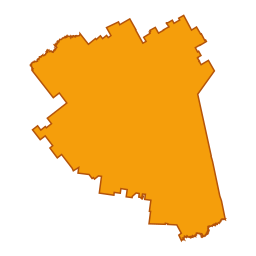 Cobar, New South Wales, Australia (Robinson projection)
{"feature_id": "25037944B19938962930750", "entity_name": "Cobar", "entity_type": "district", "adm_level": 2, "iso_a3": "AUS", "parent_name": "Australia", "parent_adm1": "New South Wales", "projection": "robinson", "projection_center": [145.926, -31.966], "detail": "fine", "context": "isolated", "style": "filled", "palette": "amber", "viewbox_px": 256, "rotation_deg": 0, "n_neighbors": 0, "source": "geoboundaries", "source_scale": "gbopen_adm2", "svg_char_len": 5682}
<svg xmlns="http://www.w3.org/2000/svg" viewBox="0 0 256 256"><path d="M200.7,34.1L196.5,27.0L191.5,30.1L183.7,15.4L178.7,18.2L179.7,20.0L174.0,23.3L172.3,20.2L168.0,22.7L166.4,22.8L166.3,23.1L166.9,24.1L167.4,24.4L168.6,26.4L168.9,26.4L168.8,27.2L168.2,27.2L163.4,29.9L163.6,30.2L158.5,33.1L155.3,27.4L149.9,30.4L150.5,31.5L150.1,32.0L149.4,32.1L150.1,33.3L143.7,37.3L146.1,41.4L142.9,43.2L135.6,29.9L135.9,29.7L129.8,18.9L119.7,24.7L118.5,21.9L106.5,27.6L111.0,35.6L108.2,37.6L106.6,35.4L102.6,38.6L100.4,35.8L96.3,39.5L95.5,38.5L88.4,44.3L80.0,33.6L80.0,34.5L79.3,35.6L77.5,36.0L76.9,35.6L75.6,35.7L75.4,36.3L75.7,36.7L75.2,37.0L74.9,36.9L74.1,35.9L73.4,35.7L72.8,35.9L72.6,36.2L73.0,36.4L72.7,37.1L71.9,36.5L71.5,36.8L71.7,36.3L71.5,36.2L71.0,37.4L70.6,36.1L70.2,36.7L69.8,36.3L69.2,36.5L68.6,36.2L67.6,36.3L67.1,35.5L66.7,36.0L67.2,36.8L66.5,37.3L66.2,37.4L66.3,36.9L66.0,36.7L65.2,37.4L65.1,37.0L65.3,36.6L65.1,36.5L64.5,37.4L64.1,37.4L63.6,38.0L62.5,38.0L61.8,39.1L60.9,39.6L59.8,39.3L59.5,39.8L59.0,41.3L58.1,41.0L58.1,41.4L58.7,41.8L58.7,42.0L58.2,42.1L57.8,41.4L57.2,41.5L57.2,42.1L57.6,42.7L57.1,42.8L56.7,43.5L56.1,43.5L56.2,43.8L57.0,44.0L56.8,44.4L56.0,44.4L56.3,44.7L55.9,45.0L56.0,45.5L55.0,45.0L54.9,45.6L54.7,45.5L55.0,46.0L55.6,46.0L55.5,46.3L56.2,46.4L56.8,47.5L55.7,48.3L55.2,48.2L55.7,49.0L55.2,49.5L54.6,49.5L54.1,49.9L54.0,50.2L54.6,50.3L54.7,50.5L53.6,50.8L53.5,51.7L53.1,52.3L52.4,52.2L52.3,51.6L51.2,51.5L51.0,50.9L49.9,51.2L50.0,51.5L49.6,51.6L49.3,51.0L48.8,50.6L48.8,50.3L48.4,50.6L47.9,50.1L47.4,50.3L47.2,50.0L46.8,50.7L47.3,51.7L46.5,51.6L46.2,51.8L47.1,52.5L45.8,53.4L45.5,54.7L44.6,54.9L44.1,55.5L43.4,55.7L42.9,55.6L42.8,54.9L42.1,55.7L41.5,55.8L41.2,56.5L40.0,56.7L40.4,57.1L39.4,57.3L39.0,58.8L38.4,58.8L38.5,59.3L37.9,59.1L37.3,59.5L37.2,60.3L37.6,61.0L37.4,61.2L36.8,61.3L36.4,61.6L35.5,61.4L35.0,61.7L34.3,61.2L34.0,61.5L33.8,62.3L32.5,62.3L32.0,63.0L31.5,63.3L31.8,63.6L31.7,63.9L30.6,64.8L31.3,65.2L30.6,65.8L31.6,66.5L31.6,67.0L32.2,67.5L31.9,68.2L32.0,68.7L32.9,68.9L32.2,69.7L32.5,70.1L32.0,70.2L32.3,70.8L32.8,71.2L33.1,71.8L53.3,97.7L59.3,93.0L66.8,103.0L47.3,118.2L51.5,123.7L46.3,127.8L45.3,126.5L40.8,130.1L37.6,125.8L32.5,129.8L40.2,139.7L45.2,135.9L52.7,145.7L49.9,148.0L57.3,157.9L61.6,154.5L72.2,168.3L73.3,170.8L78.7,167.5L78.0,173.1L89.1,174.5L92.1,178.5L93.4,177.6L94.5,179.1L98.5,175.9L101.5,176.3L99.3,193.1L113.9,195.2L114.2,192.4L120.3,193.2L120.9,188.6L127.2,189.6L126.2,196.8L132.1,197.6L132.3,196.4L136.1,193.0L139.2,193.5L138.8,197.1L141.7,197.6L141.2,198.3L142.1,199.0L142.8,198.1L143.4,196.1L142.9,196.0L142.6,196.8L142.0,196.7L142.5,194.0L145.4,194.3L144.7,199.4L150.9,200.2L149.4,211.3L150.6,211.4L149.0,223.8L165.2,224.3L165.3,223.3L167.8,223.7L167.7,224.4L176.8,224.9L181.3,233.2L178.8,235.1L181.4,240.6L181.6,240.2L182.0,240.2L181.8,240.1L182.3,239.8L182.0,239.4L182.3,239.3L182.5,239.9L182.8,239.8L182.9,239.5L183.5,239.6L183.5,239.1L184.0,239.4L183.6,238.7L183.9,238.4L183.4,238.0L184.0,238.0L184.1,237.5L184.5,237.1L184.3,236.9L184.4,236.4L184.7,236.7L184.9,236.4L185.2,236.5L184.9,236.8L185.7,237.1L185.9,236.8L186.3,237.1L186.5,236.7L186.6,237.2L187.3,236.5L187.3,236.9L188.6,237.0L189.0,237.2L189.1,236.8L190.1,236.7L190.3,237.0L190.4,236.5L190.7,236.5L190.7,237.0L191.4,236.9L191.1,237.2L191.3,237.2L191.2,237.6L191.9,237.3L192.1,237.1L191.9,236.9L192.8,237.2L192.8,236.8L192.2,236.2L192.4,235.7L192.9,236.2L192.8,236.4L193.7,236.5L193.8,236.2L194.2,236.5L194.9,236.3L194.9,236.1L195.5,236.4L195.4,236.0L195.8,235.6L195.5,235.3L195.9,235.1L195.7,235.0L196.0,234.9L196.0,234.1L196.6,233.9L196.7,233.0L196.7,233.3L197.0,233.2L197.0,233.5L197.4,233.3L197.2,233.1L197.6,233.1L197.6,233.4L198.5,233.6L199.1,233.2L199.5,233.5L200.3,233.6L200.2,234.4L200.4,234.4L200.8,233.6L201.7,233.7L202.1,235.6L201.1,235.9L201.4,236.9L201.7,236.7L202.2,236.5L201.9,236.6L202.2,237.2L202.6,236.9L202.3,236.6L202.8,236.5L202.9,236.1L203.0,236.4L203.4,236.2L203.9,236.4L204.2,235.9L204.6,236.0L204.8,235.6L204.8,235.8L205.3,235.9L205.5,235.5L205.4,235.0L206.0,234.9L206.0,234.6L206.3,234.5L206.3,233.8L206.7,234.0L206.9,234.4L207.1,234.3L207.1,233.9L207.4,234.1L207.7,233.9L207.2,233.7L207.1,233.4L207.4,233.5L207.8,233.2L207.7,232.8L207.4,233.0L207.2,232.7L207.3,232.3L207.6,232.2L207.3,231.8L207.5,231.6L207.7,231.9L207.7,231.5L208.2,231.5L208.0,231.2L208.3,230.7L208.1,230.5L208.4,230.4L208.6,230.9L208.7,230.5L209.0,230.5L208.9,230.1L208.5,230.2L208.1,229.7L208.4,229.5L208.6,229.8L208.7,229.5L207.9,228.7L208.3,228.3L208.0,227.4L208.5,227.5L209.0,227.1L208.7,227.0L208.9,226.6L208.7,226.4L209.4,226.3L209.4,226.0L209.9,226.1L209.9,226.4L210.4,226.4L211.2,225.9L211.5,226.1L212.1,225.9L212.3,226.1L212.5,225.7L212.4,225.8L212.2,225.5L212.4,225.3L212.7,225.4L212.9,225.1L213.2,225.2L213.3,224.6L213.7,224.5L214.0,224.9L214.2,224.1L214.4,224.1L214.4,224.5L214.8,224.5L214.7,225.0L214.9,225.2L215.2,225.1L215.0,224.8L215.5,223.9L215.7,224.5L215.8,224.1L216.2,224.1L216.1,223.7L216.4,223.5L216.5,223.8L216.4,224.1L217.3,224.3L217.4,223.7L218.3,222.9L218.5,223.0L219.1,222.4L219.6,222.4L219.7,222.7L220.3,221.6L220.6,221.6L220.7,221.2L220.3,221.4L220.7,220.4L221.0,220.5L221.0,219.6L221.1,219.9L221.3,219.6L221.4,219.8L222.1,219.7L222.5,219.0L223.0,218.9L223.5,219.4L224.3,218.9L224.3,219.2L224.8,219.1L224.6,219.3L225.3,219.7L221.5,200.9L219.8,196.0L212.6,161.7L211.7,158.3L211.5,158.2L211.4,157.2L211.0,156.5L211.2,155.9L197.7,94.2L214.4,70.9L208.4,60.4L201.1,64.7L199.6,62.0L199.0,61.6L198.9,61.3L199.4,61.0L197.4,58.0L198.1,57.6L198.0,57.3L201.0,55.5L198.6,51.2L197.6,51.9L195.3,47.7L199.9,45.0L200.0,45.3L206.4,41.5L205.6,40.0L204.8,40.5L201.3,33.8L200.7,34.1Z" fill="#f59e0b" stroke="#b45309" stroke-width="1.5"/></svg>